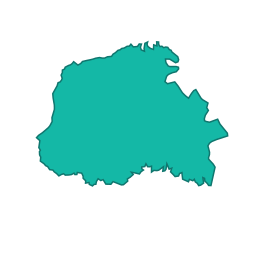 Monte Alegre dos Campos, Rio Grande do Sul, Brazil (Robinson projection), rotated 253°
{"feature_id": "56859067B8429255067191", "entity_name": "Monte Alegre dos Campos", "entity_type": "district", "adm_level": 2, "iso_a3": "BRA", "parent_name": "Brazil", "parent_adm1": "Rio Grande do Sul", "projection": "robinson", "projection_center": [-50.806, -28.697], "detail": "fine", "context": "isolated", "style": "filled", "palette": "teal", "viewbox_px": 256, "rotation_deg": 253, "n_neighbors": 0, "source": "geoboundaries", "source_scale": "gbopen_adm2", "svg_char_len": 2681}
<svg xmlns="http://www.w3.org/2000/svg" viewBox="0 0 256 256"><g transform="rotate(253 128 128)"><path d="M178.7,65.2L171.6,64.3L169.0,63.6L167.2,63.0L160.1,58.3L156.4,57.4L153.0,54.0L151.6,51.9L148.5,44.8L147.1,40.3L145.5,37.7L141.7,40.0L135.3,37.0L132.4,37.7L131.3,36.4L128.1,35.6L125.6,36.0L122.0,34.5L118.3,37.3L116.1,38.2L114.6,39.9L111.1,40.9L109.7,43.9L107.7,44.6L105.3,46.4L102.4,47.9L103.0,50.6L103.1,53.0L101.3,54.2L100.4,57.6L100.0,60.3L100.6,63.2L99.0,63.6L98.5,65.5L100.3,66.5L99.3,68.5L98.4,70.5L95.1,71.0L93.0,70.4L89.9,72.1L87.7,71.3L87.3,74.8L85.4,74.5L83.0,77.1L84.0,79.0L83.6,80.8L86.1,82.2L88.2,84.6L85.7,86.6L85.9,89.1L80.8,90.4L79.2,95.2L81.1,98.0L75.5,105.1L75.1,107.1L77.3,112.2L79.5,112.5L80.3,115.7L82.0,119.4L84.7,118.3L83.6,120.5L80.7,125.5L82.4,127.7L83.3,130.5L85.1,129.2L86.7,129.8L86.2,132.8L88.5,134.7L85.2,135.5L84.6,137.4L84.6,139.3L79.0,137.6L79.9,140.4L78.8,143.2L78.7,145.1L80.6,150.6L76.5,148.6L76.3,150.7L77.5,152.3L82.4,154.7L76.6,155.3L76.8,158.1L73.6,155.9L70.2,157.7L67.8,158.8L67.3,162.3L69.4,164.0L69.6,166.5L63.1,165.3L58.9,170.1L60.9,171.7L58.6,174.6L59.6,176.4L56.8,176.6L54.8,178.1L52.2,178.8L52.1,180.8L53.2,184.2L58.7,185.1L57.5,186.5L54.8,186.0L51.6,187.7L49.5,188.3L48.7,190.5L65.1,199.8L68.6,198.9L74.6,196.0L76.2,196.4L78.7,198.1L81.0,198.9L87.6,199.2L89.7,201.6L90.6,204.1L91.1,209.4L91.3,221.0L94.0,221.5L104.8,217.1L110.2,216.3L109.7,207.6L111.4,204.6L112.6,203.3L114.7,203.8L117.6,205.7L121.3,210.0L124.4,209.2L128.5,211.8L133.4,207.5L135.3,206.5L144.9,204.1L144.5,201.8L142.6,199.0L138.8,194.6L141.5,192.7L143.0,191.8L145.8,190.3L153.6,188.1L158.4,186.2L158.6,183.0L158.8,178.7L161.5,176.9L166.1,180.0L167.4,182.3L167.9,186.6L167.7,190.6L169.7,193.7L171.4,194.0L172.7,192.0L174.5,186.0L175.5,184.6L179.0,183.5L180.5,183.5L183.0,184.0L181.7,188.0L176.5,192.6L176.7,195.1L178.5,196.4L181.7,196.4L187.9,192.2L189.8,191.9L190.8,190.5L193.5,189.6L194.4,187.8L194.4,185.6L196.3,184.3L196.5,182.4L199.0,181.8L201.3,182.4L202.0,180.6L198.1,179.6L200.0,176.9L195.7,175.3L197.5,172.8L200.2,170.8L202.5,170.7L204.5,171.9L204.0,168.9L199.3,166.6L196.6,166.2L198.8,163.5L201.6,163.5L204.3,165.4L205.1,163.3L203.2,160.9L204.0,156.8L207.3,155.3L205.9,153.2L206.4,151.0L205.6,147.7L205.9,145.2L205.1,143.4L205.2,141.1L203.7,138.0L203.0,135.3L201.3,133.2L202.1,129.2L201.7,125.9L202.4,123.8L203.7,121.4L204.2,117.3L204.1,114.9L204.3,111.5L204.6,108.7L204.9,103.9L203.5,101.7L202.8,98.5L207.3,95.4L206.0,93.6L205.2,91.5L205.2,89.5L204.5,85.7L202.9,84.5L202.6,82.2L200.1,81.4L198.1,79.5L194.7,79.6L193.1,78.3L191.8,76.3L191.8,74.4L189.0,72.5L184.8,68.1L182.8,66.1L178.7,65.2Z" fill="#14b8a6" stroke="#0f766e" stroke-width="1.5"/></g></svg>